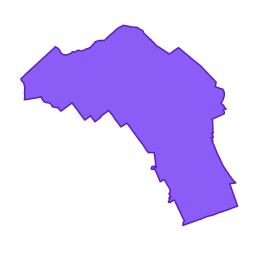 the district of Dumbrava, Timis, Romania, rotated 174°
{"feature_id": "2599482B982820047734", "entity_name": "Dumbrava", "entity_type": "district", "adm_level": 2, "iso_a3": "ROU", "parent_name": "Romania", "parent_adm1": "Timis", "projection": "albers", "projection_center": [22.126, 45.823], "detail": "fine", "context": "isolated", "style": "filled", "palette": "violet", "viewbox_px": 256, "rotation_deg": 174, "n_neighbors": 0, "source": "geoboundaries", "source_scale": "gbopen_adm2", "svg_char_len": 5565}
<svg xmlns="http://www.w3.org/2000/svg" viewBox="0 0 256 256"><g transform="rotate(174 128 128)"><path d="M229.3,188.1L229.3,187.5L229.1,186.7L228.5,185.6L227.7,184.8L227.4,184.2L227.0,183.4L226.7,181.8L226.6,180.7L226.5,179.2L226.5,178.6L226.8,176.8L227.0,175.1L227.3,173.6L227.4,172.9L227.2,171.5L227.3,170.6L227.4,169.7L228.1,167.0L227.1,166.9L224.9,167.0L224.1,167.0L222.9,167.1L221.9,167.3L218.0,167.4L215.3,167.6L214.9,167.7L214.0,167.8L212.6,167.8L211.0,168.2L210.9,167.3L210.7,166.5L210.4,165.7L209.3,163.9L208.5,162.7L206.1,161.7L205.0,161.5L204.2,161.4L203.7,161.1L202.5,160.2L202.0,159.4L201.6,158.8L201.5,158.2L201.4,157.7L201.0,157.3L200.5,156.9L200.1,156.8L200.0,156.7L199.8,156.6L199.3,156.5L198.4,156.1L197.5,155.9L197.2,155.7L196.4,155.6L196.0,155.7L195.4,155.6L195.0,155.3L194.8,154.9L194.8,154.5L194.7,154.1L194.5,153.7L193.9,152.9L193.7,152.6L193.3,152.3L193.0,151.9L192.7,151.9L181.0,158.8L180.5,157.8L178.9,155.3L178.3,154.2L177.2,152.5L174.9,148.4L173.4,145.9L172.3,143.9L171.7,143.0L170.0,140.4L167.5,141.9L163.9,144.0L162.1,140.8L160.2,137.7L154.1,141.4L154.4,141.9L152.9,142.9L148.3,145.7L147.0,146.3L146.0,147.1L145.4,147.4L144.5,146.0L143.3,144.0L142.6,143.1L142.0,142.1L139.7,137.7L137.8,134.6L137.4,134.1L137.2,133.6L136.5,132.4L136.0,131.5L135.7,131.1L135.6,130.8L135.3,130.5L135.0,129.9L130.9,131.7L128.6,133.0L127.3,130.8L125.6,128.0L121.0,120.0L119.8,118.1L119.5,117.3L116.0,111.5L115.6,111.1L114.1,108.1L113.9,107.8L113.4,106.6L112.3,104.7L112.1,104.0L111.4,103.1L110.8,102.2L110.5,101.4L105.3,100.9L104.4,100.9L104.4,100.5L104.7,100.3L104.7,100.1L104.4,99.9L104.3,93.9L104.2,93.4L104.3,90.6L104.1,85.7L104.8,85.6L105.4,85.9L105.4,86.1L105.2,86.5L105.4,87.0L105.8,87.3L106.2,87.3L106.6,87.2L107.1,87.1L108.0,87.2L108.4,86.7L109.1,85.2L109.1,84.8L108.8,84.5L108.2,84.4L107.6,84.4L107.1,84.6L106.7,84.5L106.4,84.2L105.8,84.0L104.8,81.9L103.3,77.0L101.7,71.5L101.5,71.2L97.3,72.9L97.0,72.1L96.6,71.1L96.3,70.8L96.0,70.0L95.8,69.4L95.5,68.8L94.6,66.9L93.6,65.0L92.8,62.8L92.7,62.0L92.8,61.2L92.7,60.8L92.6,60.3L92.8,59.5L94.1,58.6L93.2,56.7L93.4,56.5L93.5,56.3L93.4,56.0L93.0,55.6L92.8,55.1L92.9,54.8L93.2,54.5L93.5,54.6L93.8,54.7L94.2,54.6L94.3,54.3L94.0,54.1L93.9,54.1L93.9,53.9L94.0,53.8L94.5,53.8L94.5,53.6L94.3,53.4L94.2,53.2L94.0,52.9L94.5,52.7L94.6,51.9L94.9,51.1L95.1,50.7L95.5,50.5L95.4,49.8L95.0,49.8L94.0,49.6L93.8,49.7L91.9,50.6L91.3,51.0L90.8,51.0L89.7,51.6L89.4,51.3L89.0,50.6L88.6,49.7L88.4,48.7L88.3,48.2L87.4,45.9L86.9,44.5L86.5,42.8L85.7,41.1L85.1,39.4L84.8,38.7L84.2,37.0L83.9,35.7L81.7,29.9L81.7,29.7L81.9,29.5L82.0,29.3L83.2,28.0L83.2,27.7L83.3,26.7L83.5,25.4L83.4,25.4L83.1,25.5L81.6,25.8L79.5,26.4L78.1,26.7L77.2,27.0L76.7,27.1L76.0,27.3L75.2,27.4L72.8,28.0L71.5,28.3L69.6,28.8L69.3,28.9L68.2,29.2L67.7,29.2L66.8,29.5L65.3,29.7L63.1,30.3L62.0,30.8L61.1,31.0L60.6,31.2L60.1,31.2L59.7,31.3L59.4,31.4L59.0,31.5L58.7,31.7L58.4,31.7L58.3,31.9L56.9,32.1L56.6,31.9L55.8,32.2L54.7,32.2L53.6,32.3L48.4,33.7L47.1,34.2L44.3,34.8L44.1,34.9L44.0,34.7L42.7,35.0L35.0,36.8L32.5,37.6L27.2,38.9L29.1,47.2L32.4,60.9L32.6,62.0L26.7,62.1L26.7,62.5L27.1,62.9L27.6,63.4L28.1,63.7L28.2,63.8L28.8,65.0L29.5,65.9L30.6,67.7L31.0,68.7L31.7,69.6L32.5,71.0L32.8,71.9L32.9,72.2L33.1,72.5L33.2,72.9L33.8,73.7L34.3,74.5L35.0,75.9L36.6,78.9L37.4,80.6L38.0,82.0L38.3,82.9L38.4,83.6L39.0,85.0L39.5,86.9L40.2,88.6L40.2,88.8L40.3,89.1L40.5,89.3L40.7,89.8L41.4,92.0L41.7,92.8L42.4,94.7L42.5,95.2L42.6,95.9L43.2,97.7L43.4,98.7L43.9,100.5L44.2,101.5L45.7,105.9L44.8,106.2L45.1,106.9L45.7,108.5L45.6,108.8L45.9,109.1L46.2,109.3L46.3,109.5L46.3,109.8L46.2,109.8L45.9,109.8L45.4,109.3L45.1,109.2L44.9,109.2L44.7,109.3L44.6,109.6L44.5,109.8L44.4,110.3L44.1,110.6L44.2,110.9L44.9,112.6L45.5,113.7L45.4,113.8L45.2,113.7L44.9,113.5L44.3,114.0L44.0,114.0L43.8,114.1L43.7,114.3L43.7,114.5L43.8,114.5L43.8,114.9L43.8,116.4L43.5,120.6L43.1,126.0L43.7,127.8L38.6,129.5L37.2,130.0L31.6,131.9L30.7,132.3L30.6,132.5L30.6,133.4L31.2,135.9L28.5,136.8L28.7,137.1L29.7,138.0L30.0,138.7L30.4,140.1L31.0,140.9L32.1,141.9L32.9,143.0L30.5,146.3L29.1,149.4L28.7,151.1L28.6,152.1L28.6,152.9L28.7,153.8L29.4,156.3L30.1,156.8L30.8,157.1L32.1,157.6L36.9,160.0L35.6,164.2L35.7,164.5L47.3,179.6L48.9,181.8L56.4,189.2L59.3,192.3L69.3,202.5L69.5,202.6L72.6,201.0L79.1,197.2L88.9,205.3L89.4,205.5L91.2,207.1L91.6,207.4L91.9,207.8L93.2,209.9L94.8,211.6L96.1,213.4L97.0,214.4L98.0,215.2L98.3,215.9L98.8,216.5L99.1,216.5L99.3,216.7L99.5,216.9L100.0,217.8L100.6,218.6L102.2,220.3L102.6,221.7L103.2,223.3L106.6,225.5L107.9,226.9L111.4,227.7L113.5,228.0L115.1,228.5L116.2,229.0L120.4,230.1L121.9,230.6L122.4,230.5L123.3,229.9L124.5,229.4L125.8,229.0L126.3,229.0L127.5,228.3L128.4,227.7L129.8,226.9L133.3,224.2L133.9,223.9L138.5,220.6L139.9,219.4L140.7,218.7L142.5,217.4L143.3,217.7L144.6,217.9L145.4,217.7L145.9,217.6L146.6,218.0L147.2,218.1L150.3,217.5L151.7,217.1L151.9,217.0L152.4,216.0L152.7,215.9L153.7,214.9L154.5,214.5L154.9,213.6L155.6,213.1L158.0,211.8L158.9,211.3L159.4,211.1L159.8,211.2L160.3,211.2L161.4,211.0L162.8,210.0L163.5,210.1L164.1,210.0L165.1,209.5L165.8,209.5L166.7,209.5L167.6,209.7L168.2,210.0L168.6,210.4L169.0,210.5L170.0,210.4L170.7,210.2L171.3,210.0L171.7,209.5L172.5,209.1L173.1,209.2L173.6,209.4L174.6,209.4L175.0,209.5L175.4,209.6L175.8,209.3L176.2,208.7L176.4,208.5L178.4,207.9L179.4,207.5L181.0,207.2L182.4,207.1L184.1,207.6L185.3,208.1L186.3,208.8L186.9,209.9L187.5,211.6L188.4,213.3L188.8,213.9L189.4,214.6L190.2,215.3L192.0,216.4L193.0,215.3L195.6,213.4L204.2,207.0L223.1,193.0L229.3,188.1Z" fill="#8b5cf6" stroke="#5b21b6" stroke-width="1.5"/></g></svg>